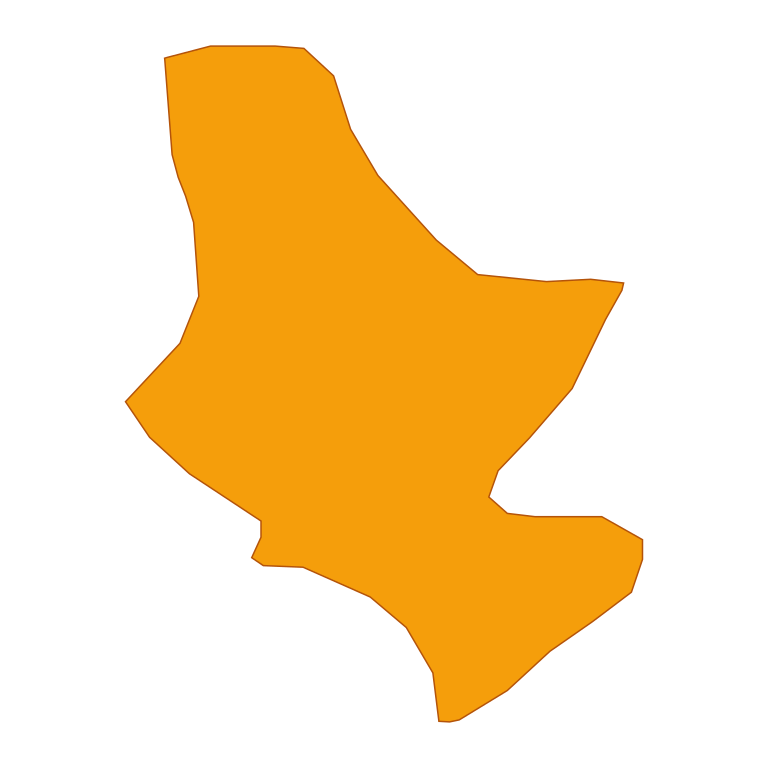 SVG path tracing the border of North Ayshire
{"feature_id": "GBR-2006", "entity_name": "North Ayshire", "entity_type": "Unitary District", "adm_level": 1, "iso_a3": "GBR", "parent_name": "United Kingdom", "parent_adm1": "", "projection": "mercator", "projection_center": [-4.697, 55.716], "detail": "fine", "context": "isolated", "style": "filled", "palette": "amber", "viewbox_px": 768, "rotation_deg": 0, "n_neighbors": 0, "source": "natural_earth", "source_scale": "10m", "svg_char_len": 773}
<svg xmlns="http://www.w3.org/2000/svg" viewBox="0 0 768 768"><path d="M438.9,721.3L438.6,718.9L432.9,672.9L406.3,627.5L370.2,597.0L303.0,567.2L263.3,565.6L251.7,557.7L261.0,537.3L261.0,521.0L189.5,473.8L149.6,437.3L125.5,401.7L180.0,343.3L198.8,296.3L193.6,222.4L185.6,196.1L178.2,177.3L172.1,154.6L164.8,59.9L164.6,58.2L167.3,57.4L210.5,46.1L275.4,46.1L303.9,48.4L333.6,75.9L350.6,129.3L377.9,175.5L436.3,240.1L477.7,274.6L546.5,281.6L590.7,279.3L623.6,283.0L621.9,290.4L621.7,290.7L605.5,319.5L572.1,388.6L529.5,437.9L498.1,470.7L488.8,497.0L507.3,513.4L535.1,516.7L572.1,516.7L601.8,516.7L642.5,539.7L642.5,559.4L631.4,592.2L592.5,621.6L550.0,651.2L542.7,657.9L507.3,690.5L459.2,719.9L449.6,721.9L438.9,721.3Z" fill="#f59e0b" stroke="#b45309" stroke-width="1.5"/></svg>